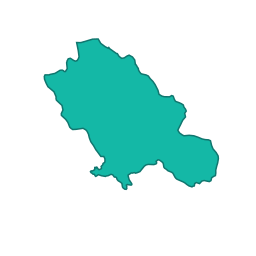 the district of Lola, Lola, Guinea, rotated 129°
{"feature_id": "49546643B14657084308206", "entity_name": "Lola", "entity_type": "district", "adm_level": 2, "iso_a3": "GIN", "parent_name": "Guinea", "parent_adm1": "Lola", "projection": "natural_earth1", "projection_center": [-8.248, 8.016], "detail": "fine", "context": "isolated", "style": "filled", "palette": "teal", "viewbox_px": 256, "rotation_deg": 129, "n_neighbors": 0, "source": "geoboundaries", "source_scale": "gbopen_adm2", "svg_char_len": 3715}
<svg xmlns="http://www.w3.org/2000/svg" viewBox="0 0 256 256"><g transform="rotate(129 128 128)"><path d="M95.2,75.9L98.8,79.6L99.2,81.3L99.3,82.9L99.4,84.1L99.4,84.9L98.4,87.9L95.5,88.6L92.1,89.3L89.7,89.9L87.3,90.4L83.2,90.3L80.9,93.2L78.2,93.4L77.2,95.1L76.6,97.6L75.3,99.5L75.5,101.7L76.1,104.1L76.6,105.6L77.2,107.2L77.3,108.2L76.4,110.3L74.8,112.9L75.3,114.5L77.6,115.3L80.8,119.4L81.9,121.8L82.3,125.1L79.8,128.5L77.2,134.3L76.1,138.0L75.7,141.8L74.8,144.9L75.4,147.4L76.9,150.4L77.6,152.0L77.1,154.4L76.3,156.3L75.2,157.5L74.6,159.7L74.1,160.6L73.7,162.1L73.9,162.3L70.9,165.6L70.0,169.2L70.7,173.0L72.8,174.1L75.8,175.0L77.8,176.7L78.0,180.0L76.9,183.1L77.4,183.9L77.9,192.3L77.7,192.9L77.5,193.6L78.5,193.6L78.8,195.1L79.2,196.9L79.4,202.4L77.6,207.2L78.1,207.8L78.7,208.5L79.6,209.5L81.2,211.4L91.2,218.3L92.3,219.6L93.9,221.7L99.3,215.2L103.5,210.8L105.5,210.2L106.2,210.1L107.7,210.0L108.6,210.6L109.2,211.0L109.7,212.9L109.8,214.0L110.1,216.7L111.0,217.4L111.9,218.0L112.7,217.8L114.1,217.6L114.8,217.2L115.9,216.8L119.8,212.9L120.1,212.6L121.8,212.4L123.5,212.2L124.2,213.1L124.2,213.7L124.1,214.2L124.4,215.5L125.3,216.5L125.9,217.1L131.5,219.1L135.3,222.2L135.6,222.4L136.3,222.7L138.9,225.9L140.6,225.5L142.6,223.6L143.8,221.5L145.0,219.2L145.5,218.0L146.3,216.2L146.4,210.0L146.4,209.9L146.4,208.4L149.0,203.5L150.5,202.4L151.4,201.2L151.6,199.0L151.9,194.9L152.0,193.5L153.9,191.2L154.9,189.9L156.8,189.4L158.8,188.9L160.1,187.7L160.3,184.9L160.5,181.8L161.5,178.2L164.0,173.8L164.2,171.9L164.0,170.1L163.6,169.6L162.3,168.2L162.1,168.0L162.0,167.8L156.5,162.7L156.2,160.8L156.0,159.9L156.1,159.1L156.3,157.8L157.7,154.8L157.8,154.6L157.9,154.4L158.1,154.3L160.0,151.8L161.7,148.9L162.1,148.2L163.4,143.6L165.0,139.6L165.1,139.4L165.6,137.2L167.2,131.2L165.4,128.9L165.6,128.4L166.4,126.6L168.2,125.1L168.5,124.9L169.4,124.5L170.0,124.7L171.0,125.0L171.3,125.1L171.7,124.8L172.3,124.5L173.0,124.5L174.8,124.7L175.1,124.3L175.9,123.3L176.5,123.2L177.4,123.6L178.4,124.1L178.8,124.8L178.0,127.5L178.2,127.8L178.5,127.6L179.0,127.5L179.3,128.9L179.6,129.0L179.9,128.8L181.3,127.7L183.6,128.5L184.1,129.1L184.6,129.7L185.2,129.7L185.6,129.7L186.0,128.5L185.9,128.2L185.8,127.4L185.9,126.1L185.7,125.8L185.2,125.0L185.9,123.2L185.9,122.6L184.6,122.1L182.9,121.6L181.8,118.6L179.8,115.0L178.8,114.6L177.7,113.5L174.7,112.1L174.3,111.2L174.0,110.4L174.7,107.8L174.7,107.7L174.0,106.9L173.8,105.8L174.9,104.0L175.2,102.3L175.0,101.2L174.8,99.2L174.9,98.6L174.9,97.9L176.5,96.1L177.2,95.3L177.4,94.9L177.7,93.9L177.6,92.0L176.8,90.8L175.8,90.8L175.6,91.0L175.3,91.4L174.2,92.2L174.0,92.3L173.4,93.3L172.4,93.0L171.8,91.9L170.4,89.6L169.9,89.5L169.6,89.4L168.9,90.1L167.5,94.5L167.3,94.8L165.2,97.7L164.5,98.3L161.7,97.4L160.9,97.2L160.1,96.0L159.9,95.9L158.7,95.1L158.5,94.3L158.4,93.8L157.1,92.8L154.4,91.3L147.3,91.3L146.7,91.1L145.1,90.6L143.4,89.2L140.2,84.9L138.2,83.6L137.3,83.7L137.1,83.7L136.2,85.2L134.9,84.9L133.8,84.7L133.5,84.1L133.4,83.7L133.2,83.4L133.1,83.2L133.0,81.0L133.0,79.8L133.0,79.6L133.2,78.9L133.4,78.3L134.6,76.9L135.8,75.6L136.1,74.7L136.2,74.2L136.0,72.4L136.0,72.1L136.1,70.1L134.9,66.1L134.9,64.6L136.4,61.1L136.5,61.0L136.5,60.9L136.7,60.2L137.0,59.0L137.0,58.5L137.0,57.9L136.3,55.2L135.1,50.9L135.0,50.1L134.8,48.3L134.9,47.5L134.9,47.1L134.6,43.9L134.4,43.6L133.5,41.2L133.0,41.2L132.2,40.7L131.3,40.0L129.2,41.2L127.4,40.6L126.2,37.4L122.8,37.2L120.9,35.8L119.7,33.4L118.5,31.1L116.7,30.4L113.9,31.7L110.8,30.6L110.0,30.1L107.8,31.4L105.5,33.3L101.5,35.2L98.8,36.3L94.9,38.5L93.0,40.4L91.6,44.1L90.7,48.9L89.8,50.5L89.0,52.0L88.0,53.3L86.0,55.9L86.5,57.9L88.5,60.8L89.9,63.6L91.1,67.8L92.6,71.9L95.2,75.9Z" fill="#14b8a6" stroke="#0f766e" stroke-width="1.5"/></g></svg>